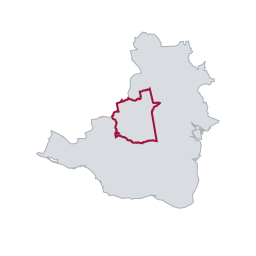 Mato Grosso highlighted on a map of Brazil, rotated 77°
{"feature_id": "BRA-602", "entity_name": "Mato Grosso", "entity_type": "State", "adm_level": 1, "iso_a3": "BRA", "parent_name": "Brazil", "parent_adm1": "", "projection": "mercator", "projection_center": [-55.436, -12.685], "detail": "medium", "context": "in_parent", "style": "outline", "palette": "rose", "viewbox_px": 256, "rotation_deg": 77, "n_neighbors": 0, "source": "natural_earth", "source_scale": "10m", "svg_char_len": 5357}
<svg xmlns="http://www.w3.org/2000/svg" viewBox="0 0 256 256"><g transform="rotate(77 128 128)"><path d="M70.5,51.8L73.0,53.9L76.0,52.9L77.0,54.2L78.7,52.3L82.8,50.4L83.7,48.5L86.4,47.5L86.6,46.3L83.6,45.9L82.8,40.9L80.1,37.7L83.7,39.3L86.8,39.2L89.0,40.9L89.7,38.9L97.6,36.5L99.3,34.8L99.2,33.3L101.6,33.2L102.3,34.0L101.5,36.5L103.6,37.2L104.3,39.3L102.9,40.9L102.2,45.0L103.7,49.4L107.5,51.9L109.1,51.5L109.9,50.1L111.3,50.4L115.5,48.1L120.8,48.9L120.0,47.0L120.8,45.8L121.9,46.3L125.4,45.4L129.3,47.6L130.9,46.6L134.6,47.4L141.6,37.5L142.7,38.5L145.0,47.6L146.2,49.0L148.5,49.8L148.8,52.1L144.8,56.4L142.4,57.8L139.2,63.7L136.0,64.6L139.3,64.7L144.2,61.7L145.1,65.5L146.4,66.7L151.5,65.4L150.0,69.7L151.9,66.3L154.2,64.3L155.4,64.9L155.9,64.2L155.4,62.7L157.0,60.8L160.9,60.4L169.2,63.7L169.8,65.3L171.0,64.2L172.9,65.5L173.5,66.9L172.5,67.9L172.9,68.4L173.9,67.4L174.2,68.3L173.2,69.3L172.6,72.2L173.9,71.0L174.9,68.8L175.1,70.4L178.8,68.4L187.6,70.9L194.5,70.6L201.4,74.6L207.4,80.1L214.9,81.1L216.3,83.1L218.3,91.1L217.6,96.3L214.7,101.6L206.6,110.3L206.5,109.6L205.0,113.6L202.5,117.1L201.3,117.6L200.4,116.1L199.7,116.9L198.6,120.6L199.5,131.5L198.0,137.8L198.3,140.3L196.0,143.0L195.4,149.4L190.0,157.6L189.8,161.4L186.5,162.9L185.0,166.1L180.7,166.2L179.8,165.0L179.5,166.3L173.0,166.6L173.3,167.7L169.2,170.4L166.9,170.4L162.7,172.6L157.6,176.6L156.6,178.6L155.7,177.8L155.3,178.7L154.1,178.3L155.7,179.5L154.4,180.8L154.1,182.9L155.0,187.7L153.8,194.9L149.5,199.1L144.0,209.2L138.9,213.8L138.8,212.3L142.4,210.4L145.6,204.8L145.7,203.8L143.6,204.4L142.3,202.6L143.0,204.4L142.4,206.5L139.2,209.9L138.2,212.6L138.5,214.1L136.1,219.4L132.8,222.8L132.0,222.3L132.0,219.6L133.9,217.2L131.0,213.5L124.5,209.3L122.5,207.0L120.6,208.2L120.4,206.6L116.8,203.0L115.0,204.0L113.2,203.4L121.1,193.8L122.1,193.9L121.9,193.0L130.6,187.3L131.4,182.7L129.8,179.4L127.0,179.4L128.7,171.6L127.0,170.4L123.3,171.1L121.6,163.1L118.6,161.8L116.3,162.7L111.5,161.6L112.2,156.4L110.7,152.3L112.1,151.4L110.8,150.3L113.8,142.8L112.2,139.4L109.6,138.1L109.8,133.5L101.4,133.4L101.1,129.6L99.5,127.8L101.0,127.8L99.9,121.6L97.3,120.2L94.0,120.3L88.1,116.3L81.8,115.2L79.2,113.0L77.4,109.6L77.3,102.4L71.9,103.3L62.5,108.9L59.7,108.2L53.2,108.5L53.6,101.1L50.4,103.6L46.1,103.8L45.2,101.4L41.3,101.0L42.4,99.0L37.7,92.3L39.0,91.2L38.8,89.3L41.7,87.3L41.2,85.6L42.8,81.1L47.6,78.2L52.5,76.7L56.3,77.3L58.9,62.9L57.8,59.8L55.8,58.1L55.9,54.8L60.0,54.4L59.3,52.6L56.8,52.5L56.8,49.5L64.5,49.5L64.5,48.3L65.6,49.4L68.1,47.7L69.4,49.6L69.6,52.0L70.5,51.8ZM147.1,58.0L155.7,58.8L153.7,63.8L152.1,63.9L151.8,64.8L150.6,64.4L149.2,65.7L146.0,65.7L144.8,63.1L145.6,62.5L144.6,61.6L145.3,58.7L147.1,58.0ZM139.8,64.0L141.2,60.4L142.5,59.9L142.4,62.1L139.8,64.0ZM149.5,56.2L148.7,57.5L146.7,57.2L147.0,56.4L149.5,56.2ZM146.6,54.7L146.2,57.5L145.4,57.2L146.6,54.7ZM150.9,57.9L149.6,58.1L149.1,57.9L150.6,57.0L150.9,57.9ZM145.3,58.0L144.0,58.9L143.5,58.5L144.4,57.7L145.3,58.0ZM147.6,55.6L147.0,55.0L148.0,54.5L148.1,55.0L147.6,55.6ZM146.9,48.5L146.2,48.6L146.0,47.6L146.7,47.5L146.9,48.5ZM155.3,190.7L155.0,189.7L155.6,188.8L155.8,189.0L155.3,190.7ZM169.9,170.0L170.1,171.1L169.3,170.9L169.9,170.0ZM154.8,183.6L154.4,183.0L155.0,182.4L155.2,182.7L154.8,183.6ZM173.7,70.4L173.2,71.4L173.7,69.9L173.7,70.4ZM200.8,117.8L200.0,118.1L200.5,117.3L200.8,117.8ZM175.3,167.1L174.5,167.4L174.3,167.2L174.8,166.7L175.3,167.1ZM199.4,119.7L199.1,120.3L198.9,120.0L199.4,119.7ZM171.4,63.3L171.5,63.8L171.2,63.7L171.4,63.3Z" fill="#d9dde1" stroke="#a8b0b8" stroke-width="1"/><path d="M109.3,133.7L101.6,133.4L101.4,133.2L101.1,129.6L99.5,127.8L101.0,127.7L100.9,125.6L100.5,125.2L100.6,124.9L100.1,123.9L100.0,123.4L100.4,122.5L100.0,121.6L98.9,121.0L100.4,119.8L101.0,118.1L102.0,117.3L103.0,115.0L102.7,114.3L102.7,113.6L102.3,112.7L101.9,112.6L101.7,111.9L101.7,111.2L102.6,110.2L102.2,109.1L100.9,108.8L100.5,108.9L100.2,108.4L95.3,108.4L95.4,105.8L95.0,105.0L94.9,104.3L95.2,103.1L95.0,102.5L95.4,102.0L94.8,100.6L94.9,100.2L95.2,100.1L95.0,99.5L95.4,98.6L94.8,98.0L108.9,97.9L109.2,97.7L109.5,97.0L109.4,96.4L109.9,95.6L110.0,94.9L109.7,93.6L110.4,92.6L110.4,91.8L110.8,91.3L111.5,92.2L112.4,94.6L113.1,95.4L112.9,96.5L113.3,97.9L115.6,99.3L115.8,100.1L116.8,100.3L117.1,100.9L117.5,100.8L118.5,101.3L147.2,103.0L146.5,104.4L146.4,105.1L146.0,105.7L145.9,106.3L145.5,106.8L145.4,108.1L145.5,108.7L144.9,110.6L145.3,111.3L145.0,111.9L145.3,112.6L145.1,113.3L145.5,115.2L145.2,116.0L145.4,116.2L145.5,116.9L146.1,117.3L145.6,118.2L145.7,118.9L145.5,119.3L144.8,120.4L144.6,121.0L144.3,121.2L144.4,123.0L144.0,123.1L143.9,123.7L143.8,125.3L142.9,127.2L142.4,127.4L142.2,127.1L141.8,127.3L140.7,128.2L140.4,129.6L140.0,129.9L140.1,130.3L139.7,131.1L139.2,131.2L138.9,131.5L138.0,131.6L137.5,132.3L136.6,132.9L136.6,133.2L136.0,133.6L136.0,134.0L135.8,135.2L134.4,136.3L134.3,137.1L133.5,138.3L133.3,139.8L134.2,141.8L131.1,141.8L130.0,141.4L130.4,140.3L131.0,140.1L131.3,138.1L130.7,138.4L129.3,139.9L128.1,140.2L127.9,139.7L127.1,139.4L126.4,139.5L125.6,140.1L124.4,140.2L122.8,139.3L122.3,138.8L121.6,138.6L120.2,137.8L119.5,138.0L118.7,138.5L117.2,138.5L115.7,140.6L114.1,141.1L113.9,141.5L113.9,141.2L113.3,140.9L113.1,140.5L112.5,140.4L112.3,139.4L111.4,139.3L109.7,138.2L109.2,135.4L109.9,134.4L109.9,133.5L109.6,133.5L109.3,133.7Z" fill="none" stroke="#9f1239" stroke-width="2"/></g></svg>